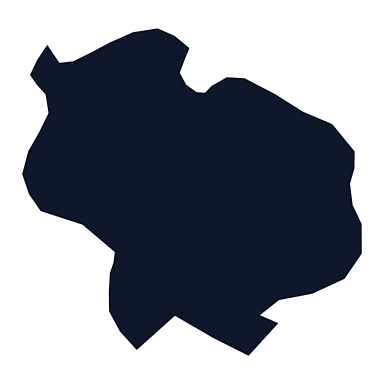 map outline of Saatlı (Robinson projection)
{"feature_id": "AZE-1713", "entity_name": "Saatlı", "entity_type": "District", "adm_level": 1, "iso_a3": "AZE", "parent_name": "Azerbaijan", "parent_adm1": "", "projection": "robinson", "projection_center": [48.434, 39.807], "detail": "fine", "context": "isolated", "style": "filled", "palette": "ink", "viewbox_px": 384, "rotation_deg": 0, "n_neighbors": 0, "source": "natural_earth", "source_scale": "10m", "svg_char_len": 730}
<svg xmlns="http://www.w3.org/2000/svg" viewBox="0 0 384 384"><path d="M157.6,29.2L174.1,36.5L188.5,48.3L183.8,59.8L178.9,72.9L185.7,85.3L196.3,92.9L205.3,93.6L212.1,86.5L227.0,78.0L244.3,79.0L274.0,94.4L302.6,112.4L331.8,124.8L353.9,151.8L353.7,168.4L349.2,183.6L351.9,205.3L360.9,224.2L361.0,253.4L344.0,278.2L312.2,292.9L278.6,299.4L258.4,315.4L277.0,323.5L248.4,354.8L213.9,337.5L174.8,314.8L136.8,348.9L120.5,331.0L109.8,311.1L109.6,292.1L110.6,273.2L114.2,263.0L115.6,251.7L82.9,224.0L41.2,210.5L29.7,193.9L23.0,174.1L28.9,151.7L40.3,131.6L49.3,113.3L46.3,94.0L37.7,84.7L30.9,74.9L37.9,60.2L47.3,46.3L59.0,63.7L73.5,62.0L91.8,53.0L109.9,43.3L133.4,32.9L157.6,29.2Z" fill="#0f172a" stroke="#020617" stroke-width="1.5"/></svg>